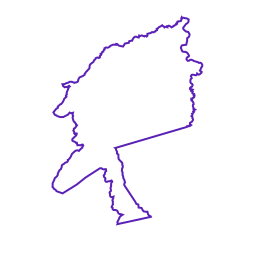 São Domingos, Goiás, Brazil, rotated 164°
{"feature_id": "56859067B73761479247752", "entity_name": "São Domingos", "entity_type": "district", "adm_level": 2, "iso_a3": "BRA", "parent_name": "Brazil", "parent_adm1": "Goiás", "projection": "mercator", "projection_center": [-46.484, -13.45], "detail": "fine", "context": "isolated", "style": "outline", "palette": "violet", "viewbox_px": 256, "rotation_deg": 164, "n_neighbors": 0, "source": "geoboundaries", "source_scale": "gbopen_adm2", "svg_char_len": 5853}
<svg xmlns="http://www.w3.org/2000/svg" viewBox="0 0 256 256"><g transform="rotate(164 128 128)"><path d="M184.9,131.9L184.8,130.8L183.1,129.5L182.4,128.8L182.1,128.0L181.2,127.9L181.4,126.6L181.4,125.4L179.4,124.9L178.7,124.5L176.8,124.7L176.1,124.5L175.8,123.6L177.1,122.5L177.2,121.8L179.8,120.6L181.5,119.5L182.3,120.3L184.2,120.7L185.7,120.2L188.9,118.6L191.5,115.6L193.9,114.0L194.7,113.9L194.8,112.9L195.4,112.4L196.3,112.0L198.1,111.9L199.4,111.2L201.4,110.7L202.2,109.8L202.4,108.9L203.8,107.0L205.5,106.3L208.1,103.5L208.4,102.3L209.7,101.1L212.3,99.9L213.0,98.7L215.6,95.7L216.8,92.0L216.2,91.3L216.1,90.1L214.7,88.6L214.1,87.0L213.1,86.2L208.9,83.2L192.7,87.8L182.4,92.1L166.1,97.0L164.5,96.6L164.2,96.0L163.7,95.5L163.1,95.1L162.2,94.8L161.5,94.8L160.6,94.5L160.8,92.7L161.6,92.5L162.7,90.9L163.0,90.0L164.4,89.1L164.5,87.5L163.9,86.6L163.6,85.6L164.3,84.5L164.4,83.3L164.0,82.4L162.9,82.0L161.7,82.2L160.5,81.9L159.2,81.9L158.4,82.1L157.9,81.3L158.0,80.6L158.8,80.3L159.5,79.3L160.0,77.9L160.1,77.0L161.4,75.1L161.5,73.2L161.7,72.5L162.1,71.9L162.8,71.7L163.4,71.3L163.6,70.6L163.4,69.9L163.9,67.9L163.8,67.0L163.1,66.1L161.7,65.9L160.9,66.0L161.8,64.1L162.7,63.3L163.0,62.5L162.7,61.7L163.4,59.9L163.4,59.1L163.7,58.4L165.1,57.2L165.5,56.2L164.8,55.5L165.1,54.1L164.5,53.2L163.3,52.8L162.4,52.5L161.3,51.6L160.9,50.7L160.9,49.7L160.7,48.6L160.1,47.9L159.5,47.3L158.6,47.2L157.1,46.1L159.0,45.5L160.9,44.4L161.3,43.6L162.0,42.8L164.2,40.5L164.1,39.1L164.6,38.5L130.5,36.3L130.6,36.9L132.1,38.3L132.5,39.7L132.4,42.2L133.3,42.3L135.9,43.5L136.4,44.5L137.0,47.4L137.8,47.8L139.1,48.3L139.7,48.6L139.2,51.4L139.6,52.0L140.8,52.6L141.1,53.6L141.2,54.6L147.3,74.0L147.1,75.2L145.8,76.6L146.0,78.1L145.8,78.7L146.0,80.0L146.3,80.6L146.0,83.3L146.2,84.3L145.5,86.4L145.7,88.6L144.7,90.9L144.0,91.4L143.4,93.3L143.7,94.2L143.3,95.1L143.2,96.4L143.7,96.8L143.9,97.6L144.6,98.7L145.5,100.7L145.4,101.9L144.6,105.2L145.5,106.2L145.6,106.9L145.2,107.5L145.1,108.4L145.5,110.2L145.2,111.7L145.7,112.3L71.0,112.8L70.5,113.5L69.8,113.0L68.9,113.2L68.3,112.8L67.5,113.0L66.5,113.4L67.5,114.6L66.9,115.9L65.1,116.3L63.7,117.4L63.2,118.0L63.1,118.9L63.4,119.5L63.0,120.8L63.7,121.9L62.8,122.3L62.4,123.1L62.5,124.1L61.7,124.2L60.1,125.3L60.7,126.0L60.0,126.5L59.9,127.5L59.3,126.9L58.4,127.2L58.9,127.7L59.4,128.1L59.6,131.4L59.2,132.3L58.3,132.8L58.2,134.7L58.8,135.9L58.6,137.1L59.4,137.3L59.4,138.1L59.0,138.8L58.2,138.5L57.3,139.1L56.3,139.1L55.6,139.7L55.9,140.5L55.9,141.2L55.0,141.3L55.0,142.4L56.1,143.1L56.6,144.0L55.7,145.0L55.9,146.6L57.1,146.2L57.3,147.4L57.7,148.7L57.2,149.5L56.4,149.9L55.3,150.0L54.0,151.4L54.2,152.7L55.1,153.6L55.4,154.8L54.9,156.7L54.3,157.6L53.0,158.3L53.2,160.6L52.2,161.5L50.9,161.4L48.1,159.9L47.1,160.3L46.5,161.3L45.6,159.9L44.6,159.8L43.6,160.1L42.9,160.7L42.2,160.8L41.7,161.6L43.1,163.3L41.7,164.8L40.7,166.2L39.8,166.6L39.2,168.2L39.4,169.3L39.9,170.4L40.7,170.9L41.9,171.0L42.7,172.1L46.3,174.3L47.1,175.3L48.1,176.1L49.4,176.4L50.7,175.9L52.0,176.1L52.8,177.5L52.6,178.5L52.2,179.2L51.6,179.6L49.9,180.0L49.4,180.6L50.0,183.3L50.9,184.6L51.7,185.3L53.0,185.7L54.2,186.3L54.7,186.8L55.1,190.1L55.0,190.8L54.0,192.0L53.4,192.5L51.7,192.4L49.1,192.0L47.1,195.5L46.4,198.0L44.5,198.7L43.5,199.9L43.0,201.1L43.6,203.7L45.7,204.8L47.0,206.8L47.6,208.1L47.4,209.0L46.7,209.7L46.0,210.1L43.7,211.9L42.0,212.4L41.0,213.1L40.5,213.7L39.8,215.7L41.4,217.2L42.8,217.8L44.1,218.6L45.4,218.8L45.8,219.7L46.7,218.5L46.5,217.7L47.8,216.2L50.1,216.6L51.2,216.6L51.4,215.7L52.2,215.5L52.2,214.7L53.1,214.8L53.3,214.1L54.3,214.0L55.2,213.5L56.1,213.7L56.7,213.1L57.5,213.0L58.3,212.7L59.4,214.1L60.6,215.1L61.4,214.9L62.2,215.1L62.4,214.0L63.2,214.6L64.6,215.0L65.3,214.7L65.7,215.8L66.4,216.4L66.8,217.3L68.6,216.7L70.5,216.4L71.6,215.7L73.0,215.4L72.8,214.6L73.2,214.0L74.8,213.8L75.2,213.2L76.1,213.2L77.2,212.9L78.4,213.6L80.3,213.0L81.6,213.2L82.6,213.1L83.4,213.2L83.9,211.3L84.8,210.8L85.3,211.4L86.2,211.9L87.0,211.5L89.2,213.2L90.1,213.1L90.9,213.1L91.8,213.8L92.2,212.8L92.6,212.0L93.3,212.2L94.9,213.5L96.3,213.8L97.3,213.3L98.5,212.6L99.9,210.8L100.9,211.1L101.9,210.9L102.7,211.2L103.9,209.6L105.5,209.9L106.4,209.8L107.5,210.1L108.3,209.6L108.8,208.8L109.5,208.5L110.2,207.7L111.2,208.1L114.1,209.7L114.6,210.4L115.0,211.5L116.0,212.0L116.1,211.2L116.9,211.3L117.6,211.7L118.9,212.1L119.8,212.2L122.4,211.8L123.4,211.1L124.4,210.9L125.5,210.8L127.1,211.5L128.7,211.1L128.8,209.9L129.6,209.8L130.3,209.0L130.7,208.2L131.7,208.2L132.5,207.7L132.9,206.6L134.0,206.6L134.0,205.5L135.0,205.1L135.5,204.3L135.6,203.6L136.8,203.3L137.6,204.1L138.8,204.2L139.8,204.0L140.4,203.1L141.9,202.5L143.1,201.0L145.4,200.2L146.9,199.5L147.7,198.5L148.3,196.7L149.1,195.6L150.5,194.9L151.7,194.0L152.6,193.7L153.5,192.8L154.7,192.1L155.0,191.1L157.2,190.4L160.1,190.1L161.0,189.7L161.7,189.1L162.6,187.9L163.1,186.8L164.0,186.2L165.6,186.1L166.4,186.4L167.1,186.2L169.2,187.9L171.5,188.5L173.2,188.0L175.1,188.1L176.7,187.7L178.9,188.1L178.7,187.2L178.9,186.3L178.2,185.6L177.8,184.7L176.3,184.5L175.4,184.1L173.0,184.8L172.6,184.0L173.4,183.8L176.8,179.4L177.4,178.5L177.6,177.0L178.7,176.4L178.9,175.7L178.6,175.0L180.8,173.9L181.5,173.4L182.0,172.6L183.3,171.1L185.5,169.5L186.4,169.5L189.1,168.2L189.7,167.8L189.8,166.8L191.9,166.1L195.4,163.6L194.7,161.0L194.3,160.4L193.2,159.8L192.6,158.8L189.9,157.1L187.1,156.4L182.0,157.4L179.8,158.9L178.7,158.0L177.8,157.8L176.7,157.8L177.7,155.9L177.4,154.6L178.2,153.7L178.4,153.0L178.5,152.0L178.4,150.8L178.5,150.1L178.0,148.6L177.5,148.2L177.4,147.4L176.9,146.5L177.1,145.4L176.3,144.7L177.9,143.4L179.2,142.5L180.2,142.3L180.5,141.4L181.3,140.5L180.9,139.5L180.8,138.4L181.2,137.8L180.8,136.9L180.1,136.9L179.4,137.1L178.8,136.8L179.4,135.6L180.3,134.9L184.3,132.9L184.9,131.9ZM55.9,146.6L55.2,147.0L55.9,147.5L55.9,146.6Z" fill="none" stroke="#5b21b6" stroke-width="2"/></g></svg>